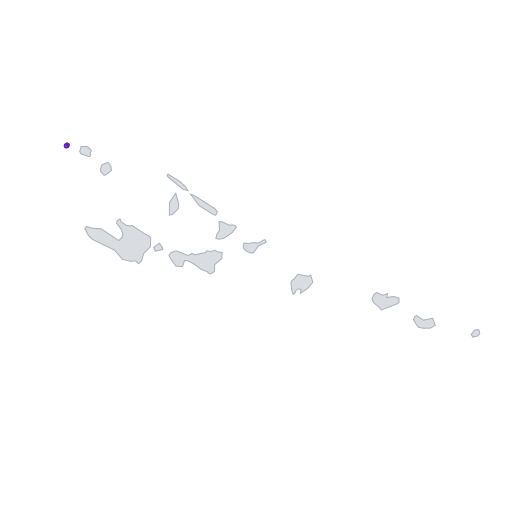 location of Ureparapara, Torba, Vanuatu, rotated 314°
{"feature_id": "77236927B65524271778963", "entity_name": "Ureparapara", "entity_type": "district", "adm_level": 2, "iso_a3": "VUT", "parent_name": "Vanuatu", "parent_adm1": "Torba", "projection": "orthographic", "projection_center": [167.335, -13.537], "detail": "fine", "context": "in_parent", "style": "filled", "palette": "violet", "viewbox_px": 512, "rotation_deg": 314, "n_neighbors": 0, "source": "geoboundaries", "source_scale": "gbopen_adm2", "svg_char_len": 3425}
<svg xmlns="http://www.w3.org/2000/svg" viewBox="0 0 512 512"><g transform="rotate(314 256 256)"><path d="M167.9,125.5L171.9,146.6L176.5,146.6L178.9,145.5L181.6,140.5L182.8,132.7L185.2,131.6L188.3,132.5L187.0,134.9L187.8,141.1L190.2,144.6L191.7,145.2L194.8,161.4L196.0,164.8L195.9,167.6L189.4,173.6L179.8,173.5L173.0,177.1L168.8,176.9L168.8,172.8L165.1,169.5L160.9,162.5L161.9,150.1L154.4,127.1L154.3,121.3L156.9,113.8L159.3,113.4L162.8,119.7L167.9,125.5ZM209.0,206.5L211.8,207.9L213.4,207.9L214.3,211.0L223.1,217.2L225.5,217.0L227.5,220.4L231.3,222.1L232.3,225.5L235.0,229.1L230.3,233.3L221.2,232.2L216.0,237.0L211.3,235.7L210.5,233.2L211.1,232.4L208.3,225.9L207.0,216.0L205.1,210.2L203.1,207.7L198.8,209.9L197.1,210.3L193.0,205.5L194.9,195.8L195.9,193.0L199.3,192.5L204.3,195.0L209.0,206.5ZM325.0,388.1L322.1,391.1L319.7,390.8L304.0,383.5L304.7,380.6L304.1,373.1L305.9,369.1L310.3,367.5L313.7,368.3L315.7,374.3L320.3,376.8L317.0,378.8L322.7,383.4L325.0,388.1ZM271.9,298.8L277.9,307.9L280.3,308.6L276.6,315.1L269.0,315.7L260.0,313.9L263.3,311.7L261.6,309.2L258.9,308.7L255.8,309.9L254.3,309.4L256.3,305.3L261.4,299.4L262.8,298.9L264.2,298.9L265.5,299.4L271.9,298.8ZM263.2,221.9L256.2,222.6L246.3,220.5L242.4,217.8L240.7,215.0L244.1,212.9L249.0,212.0L255.1,205.6L257.2,208.1L259.5,215.2L261.9,217.4L263.3,219.5L263.2,221.9ZM334.0,426.3L330.7,433.1L325.2,431.5L320.2,426.5L317.5,422.1L319.4,413.7L322.1,412.3L324.8,412.8L326.1,421.0L334.0,426.3ZM258.1,198.6L257.1,198.6L256.1,195.7L252.7,180.1L255.0,166.1L256.5,169.1L261.5,193.6L260.8,197.6L258.1,198.6ZM272.2,250.2L274.0,251.1L273.0,253.8L264.6,250.7L257.9,251.8L256.0,251.7L254.0,249.3L252.5,244.4L253.2,241.0L256.1,238.7L257.1,238.3L259.2,241.2L261.2,243.2L263.0,244.1L267.3,248.9L272.2,250.2ZM239.7,164.4L235.6,167.3L228.0,167.0L225.1,165.4L234.5,156.5L245.4,154.7L239.7,164.4ZM219.7,89.4L217.1,92.6L210.2,91.6L208.5,90.7L208.9,85.3L210.7,83.5L214.9,81.8L220.6,84.5L219.7,89.4ZM213.8,66.8L212.9,67.4L211.5,66.9L207.8,59.2L208.7,56.6L213.3,54.2L217.4,58.5L217.8,60.9L217.8,62.9L217.1,64.6L214.4,65.4L213.8,66.8ZM256.8,157.6L255.8,161.6L253.2,157.0L251.7,137.7L252.4,135.9L253.7,135.8L256.7,149.2L256.8,157.6ZM357.7,467.5L355.5,471.0L352.3,470.9L348.2,468.4L349.0,465.3L353.7,464.8L355.1,465.0L357.7,467.5ZM197.1,182.8L196.0,184.4L189.5,180.3L191.0,176.3L198.1,177.7L197.1,182.8Z" fill="#d9dde1" stroke="#a8b0b8" stroke-width="1"/><path d="M201.5,43.1L201.5,43.3L201.6,43.5L201.7,43.8L201.8,43.8L201.9,44.1L202.0,44.2L202.1,44.4L202.3,44.5L202.5,44.6L202.8,44.8L203.0,44.9L203.2,45.0L203.3,45.1L203.5,45.1L203.8,45.3L204.0,45.1L204.3,45.2L204.3,45.3L204.4,45.1L204.5,45.1L204.8,45.0L205.0,44.8L205.3,45.0L205.6,44.8L205.9,44.5L206.0,44.4L206.2,44.2L206.3,44.2L206.5,44.0L206.4,43.8L206.4,43.6L206.3,43.4L206.3,43.2L206.1,43.2L206.1,42.9L206.0,42.7L205.9,42.5L205.7,42.7L205.4,42.8L205.2,43.0L205.0,43.3L204.9,43.4L204.8,43.5L204.7,43.6L204.4,43.6L204.2,43.5L204.1,43.4L204.2,43.1L204.2,42.8L204.3,42.7L204.5,42.4L204.8,42.3L204.9,42.2L205.0,42.2L205.3,42.1L205.5,42.2L205.6,42.3L205.6,42.1L205.7,41.9L205.8,41.8L205.9,41.7L205.7,41.6L205.4,41.6L205.3,41.4L205.2,41.4L205.0,41.2L204.9,41.2L204.7,41.2L204.4,41.1L204.2,41.1L203.8,41.0L203.6,41.0L203.4,41.1L203.2,41.0L202.9,41.2L202.7,41.3L202.5,41.5L202.4,41.5L202.2,41.7L202.2,41.8L202.0,42.0L201.9,42.1L201.7,42.4L201.7,42.6L201.6,42.8L201.6,43.0L201.5,43.1Z" fill="#8b5cf6" stroke="#5b21b6" stroke-width="1.5"/></g></svg>